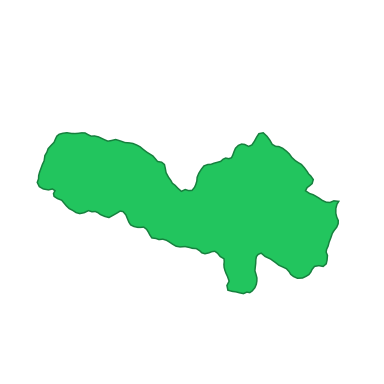 São Gonçalo do Rio Preto, Minas Gerais, Brazil (Mercator projection), rotated 110°
{"feature_id": "56859067B83090894964988", "entity_name": "São Gonçalo do Rio Preto", "entity_type": "district", "adm_level": 2, "iso_a3": "BRA", "parent_name": "Brazil", "parent_adm1": "Minas Gerais", "projection": "mercator", "projection_center": [-43.356, -18.089], "detail": "fine", "context": "isolated", "style": "filled", "palette": "green", "viewbox_px": 384, "rotation_deg": 110, "n_neighbors": 0, "source": "geoboundaries", "source_scale": "gbopen_adm2", "svg_char_len": 2986}
<svg xmlns="http://www.w3.org/2000/svg" viewBox="0 0 384 384"><g transform="rotate(110 192 192)"><path d="M235.9,340.7L239.2,337.3L240.0,332.8L239.1,327.6L236.9,324.2L237.6,321.2L240.9,321.6L243.3,320.1L244.2,316.1L244.3,311.6L246.2,308.4L248.0,305.3L249.6,301.7L250.1,297.7L251.0,293.9L250.7,290.1L248.3,286.2L244.9,282.9L244.8,279.3L243.4,276.2L243.6,273.2L244.5,270.4L244.8,265.8L244.4,261.3L240.6,258.0L237.2,255.1L234.5,253.0L234.0,250.0L236.2,246.2L239.2,243.5L242.0,240.9L243.9,238.4L244.3,234.9L243.8,230.9L242.8,228.1L241.5,225.4L242.6,221.9L244.6,219.3L246.8,216.9L248.9,214.0L248.0,210.0L248.0,206.8L246.3,203.3L246.1,199.5L246.7,196.3L247.7,192.3L248.4,188.4L247.7,184.5L245.6,179.7L245.0,175.5L244.8,172.4L243.7,168.6L244.6,164.6L245.8,162.0L245.6,158.7L243.4,155.3L241.3,153.0L239.9,150.3L240.8,147.0L243.0,143.4L243.8,139.1L246.4,137.9L249.2,137.2L251.9,136.0L254.2,134.4L256.7,132.3L259.4,129.6L263.1,126.6L267.9,127.2L272.0,124.7L271.6,120.0L270.8,116.5L270.5,113.0L269.9,108.9L267.3,106.2L266.8,103.3L264.4,101.6L260.5,100.2L256.7,100.0L253.5,100.6L250.6,101.6L247.5,103.7L244.6,105.9L241.6,106.7L237.4,107.7L233.7,108.9L230.7,109.4L228.0,108.5L225.8,106.1L227.6,101.2L228.1,95.3L229.7,89.6L231.1,85.3L231.4,81.1L231.8,77.0L233.7,73.4L235.6,71.1L236.7,67.7L237.0,63.4L235.0,58.7L232.0,55.8L229.6,53.9L226.7,53.0L223.7,52.7L220.0,51.4L217.8,47.6L217.1,43.3L213.6,41.3L209.8,41.8L205.3,43.0L202.6,45.4L199.8,45.9L196.2,45.6L192.3,46.0L187.4,45.9L182.9,46.0L179.6,45.3L175.7,44.0L171.9,43.8L168.8,44.8L166.1,47.4L162.8,49.6L158.3,51.2L153.9,51.6L150.6,50.9L151.8,55.7L154.6,58.7L155.7,62.4L155.3,66.9L154.3,70.5L153.6,74.2L153.1,77.3L153.2,81.0L152.0,85.8L148.4,85.3L145.7,83.5L143.0,82.0L138.8,82.3L136.3,85.9L135.2,88.5L133.4,90.8L130.8,94.7L128.7,98.6L128.0,102.4L127.2,105.7L125.4,110.0L123.0,113.5L121.4,117.1L119.9,121.8L119.6,125.9L120.5,129.0L119.8,132.9L116.8,136.4L114.0,140.6L112.0,145.3L114.3,149.1L118.2,150.0L122.9,150.7L127.3,151.8L129.8,154.4L129.3,158.8L130.0,161.8L132.4,164.4L136.0,166.1L139.7,166.3L143.3,166.3L146.3,166.6L148.1,168.8L148.6,172.0L150.6,174.0L153.4,175.5L155.5,178.4L157.5,181.3L159.6,183.7L160.7,186.5L163.4,189.7L167.4,191.0L172.1,192.0L176.4,192.2L180.1,191.2L183.7,191.0L186.7,191.2L190.5,192.5L191.9,195.8L192.0,199.2L195.0,202.2L193.4,206.4L191.5,210.2L190.5,213.5L188.5,215.7L186.1,219.2L182.7,223.0L178.9,225.2L175.6,227.3L174.4,230.7L175.1,234.8L173.4,237.7L171.5,241.1L170.9,243.9L170.0,248.2L168.6,252.6L167.3,256.2L166.8,259.8L166.6,264.1L167.3,267.7L168.5,271.9L168.5,275.1L168.6,278.4L168.8,281.7L171.0,285.0L173.0,288.4L172.8,292.2L172.5,295.2L172.2,298.8L172.7,302.8L174.0,305.8L173.7,309.1L173.1,312.7L174.2,316.0L175.7,318.8L177.0,321.7L178.2,325.2L179.1,329.8L181.0,333.5L183.2,336.6L185.7,338.1L188.5,338.4L192.5,338.6L196.5,340.4L200.4,342.0L204.2,342.0L208.1,342.7L213.3,341.6L217.1,342.0L220.5,342.0L225.5,342.0L229.0,341.7L232.2,340.7L235.9,340.7Z" fill="#22c55e" stroke="#15803d" stroke-width="1.5"/></g></svg>